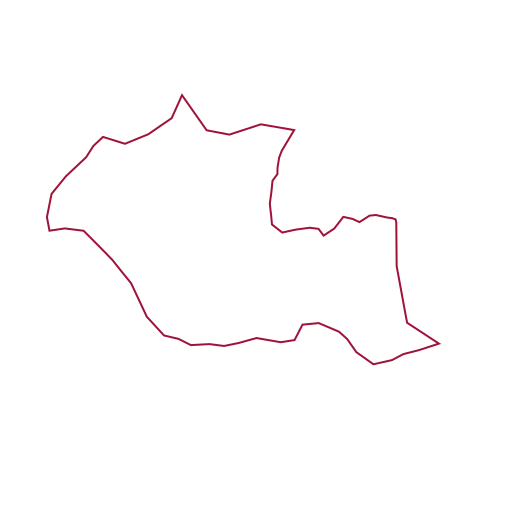 the district of Katydata, Nicosia, Cyprus, rotated 42°
{"feature_id": "46923920B11980221307495", "entity_name": "Katydata", "entity_type": "district", "adm_level": 2, "iso_a3": "CYP", "parent_name": "Cyprus", "parent_adm1": "Nicosia", "projection": "equal_earth", "projection_center": [32.882, 35.084], "detail": "fine", "context": "isolated", "style": "outline", "palette": "rose", "viewbox_px": 512, "rotation_deg": 42, "n_neighbors": 0, "source": "geoboundaries", "source_scale": "gbopen_adm2", "svg_char_len": 1016}
<svg xmlns="http://www.w3.org/2000/svg" viewBox="0 0 512 512"><g transform="rotate(42 256 256)"><path d="M93.4,186.0L101.1,210.0L98.1,222.4L94.5,237.6L83.5,260.3L62.6,269.9L61.5,283.1L63.7,296.3L61.4,323.9L62.5,346.6L74.6,367.0L85.6,375.4L95.5,363.4L111.0,352.6L133.0,353.8L151.7,355.0L166.0,357.4L181.4,359.8L215.5,374.2L240.8,376.6L254.0,369.4L267.2,365.8L280.4,352.6L292.5,344.2L301.3,332.3L311.2,316.7L332.1,303.5L340.9,292.7L336.5,275.9L347.5,263.9L368.4,256.7L379.4,256.7L394.8,260.3L415.7,257.9L426.7,242.4L431.1,230.4L439.9,217.2L450.6,198.7L413.0,204.5L409.0,201.5L367.3,169.4L337.8,137.2L335.2,135.4L331.8,136.8L327.8,139.6L317.7,145.3L313.4,150.0L310.2,161.6L303.0,163.8L294.7,168.5L295.8,183.3L292.6,195.6L284.3,194.0L277.1,199.0L268.7,208.8L267.0,211.0L259.8,221.0L246.8,221.9L239.0,214.7L237.1,213.1L231.2,207.8L224.6,198.1L217.9,189.0L217.1,180.8L213.0,176.1L207.3,167.3L204.7,160.4L200.1,136.9L171.5,154.9L155.0,183.6L135.2,195.6L93.4,186.0Z" fill="none" stroke="#9f1239" stroke-width="2"/></g></svg>